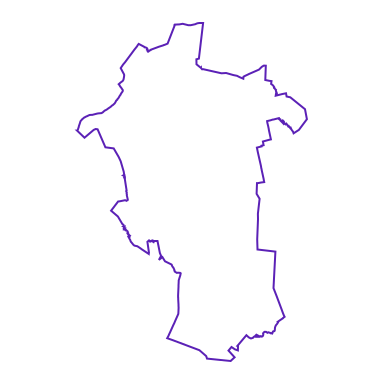 Tila, Chiapas, Mexico
{"feature_id": "50627088B70545880619919", "entity_name": "Tila", "entity_type": "district", "adm_level": 2, "iso_a3": "MEX", "parent_name": "Mexico", "parent_adm1": "Chiapas", "projection": "natural_earth1", "projection_center": [-92.515, 17.37], "detail": "fine", "context": "isolated", "style": "outline", "palette": "violet", "viewbox_px": 384, "rotation_deg": 0, "n_neighbors": 0, "source": "geoboundaries", "source_scale": "gbopen_adm2", "svg_char_len": 5737}
<svg xmlns="http://www.w3.org/2000/svg" viewBox="0 0 384 384"><path d="M284.6,316.8L284.0,315.7L282.8,312.7L281.5,309.1L276.7,296.3L273.5,288.1L275.4,251.6L257.5,249.5L257.2,239.3L258.0,219.2L257.9,213.9L258.0,212.8L259.6,198.8L256.6,193.8L257.0,183.1L258.0,183.1L261.1,182.5L264.2,182.1L263.8,180.0L263.6,178.8L261.7,170.1L261.5,168.8L261.3,168.3L261.0,166.2L257.9,152.5L256.9,147.6L261.6,146.4L261.5,145.7L263.6,145.2L262.9,141.5L269.5,139.7L270.9,139.4L268.9,130.1L268.7,128.7L268.2,126.3L267.3,122.6L267.1,121.1L270.5,120.3L272.6,119.6L273.6,119.5L279.0,118.1L279.3,118.7L279.6,118.9L279.0,119.1L281.4,121.0L281.1,121.2L281.8,121.9L282.8,120.5L283.8,121.5L282.8,122.9L283.7,123.9L284.3,123.0L285.5,124.3L286.3,123.6L287.5,125.1L287.4,125.2L288.3,126.5L288.8,126.1L290.3,128.2L290.7,127.8L291.3,129.1L291.8,130.1L293.0,131.6L293.6,133.3L298.9,129.9L306.9,119.2L305.0,109.2L290.3,97.3L286.6,96.5L286.0,93.3L282.0,94.1L275.7,95.7L275.9,94.4L276.1,94.6L276.6,94.2L276.3,93.3L276.8,93.1L276.3,91.8L276.1,91.6L275.8,90.4L276.0,89.9L274.0,87.9L273.9,87.3L274.2,87.1L273.4,85.9L272.8,85.2L271.1,83.9L271.5,81.1L269.2,80.8L265.3,80.0L265.8,65.7L264.2,65.6L263.5,65.7L262.7,66.3L261.8,66.8L259.0,69.6L254.0,71.8L248.5,74.2L248.4,74.3L245.0,75.9L243.5,76.7L243.3,78.7L239.7,77.2L237.0,75.8L233.5,75.1L231.0,74.4L226.1,73.0L221.5,73.3L203.3,69.2L202.1,69.3L200.9,67.9L200.9,67.7L200.8,67.8L196.5,64.3L196.4,59.3L198.9,58.6L203.1,23.0L199.4,23.0L197.9,23.2L197.1,23.4L195.9,23.9L195.3,24.2L190.7,25.2L188.3,25.2L182.7,23.8L179.3,24.4L174.7,24.6L174.5,24.8L174.4,25.4L174.6,25.6L167.6,43.6L165.5,44.5L164.2,45.0L163.9,45.0L163.4,45.3L159.0,46.7L150.9,49.7L150.9,49.9L150.8,50.0L150.6,50.2L149.5,50.5L149.2,50.9L148.2,51.7L147.8,51.6L147.6,51.2L147.4,50.2L147.5,49.7L147.4,49.7L147.1,49.7L146.9,49.6L147.1,49.0L147.1,48.6L146.9,48.1L146.7,47.9L145.2,47.3L144.6,47.3L144.5,47.0L144.4,46.9L138.7,43.9L137.7,45.2L137.0,46.4L134.5,49.5L125.0,62.3L123.2,64.4L120.7,68.1L124.0,74.3L124.2,75.1L124.0,77.0L123.5,79.6L122.9,80.7L122.4,81.2L120.5,82.6L118.7,84.2L119.3,84.9L120.2,86.5L121.2,87.7L122.3,89.4L122.6,89.7L122.8,90.3L122.8,90.7L122.7,91.2L122.5,91.5L122.3,91.9L121.3,93.2L120.7,94.3L120.6,94.7L119.9,95.5L118.9,97.3L118.2,98.4L117.4,99.2L117.2,99.8L116.3,100.5L116.0,101.0L115.8,101.5L115.4,102.2L115.2,102.6L114.5,103.6L114.1,103.9L113.7,104.3L112.8,105.1L111.8,105.7L110.7,106.8L108.3,108.4L107.0,109.4L105.6,110.2L105.2,110.3L104.1,111.1L103.7,111.5L103.3,111.8L103.1,112.1L102.7,112.4L102.3,112.6L101.6,113.1L98.2,113.4L97.1,113.6L92.1,114.9L90.7,114.9L89.6,115.0L88.4,115.5L87.3,116.1L86.4,116.4L84.8,117.3L84.4,117.4L81.9,119.5L81.6,120.0L80.8,120.8L80.4,121.5L79.9,123.2L78.9,126.1L78.6,127.6L78.4,127.9L77.9,129.6L77.6,130.0L77.4,130.6L77.1,130.6L84.5,137.7L93.7,129.9L95.7,129.0L97.6,129.3L105.4,147.3L113.7,148.4L118.7,157.0L120.7,161.3L123.7,171.6L124.2,174.7L123.2,175.4L123.8,175.6L124.5,175.4L124.6,176.0L124.3,176.5L124.9,177.0L124.9,177.6L124.7,177.5L124.6,177.8L124.3,177.9L124.6,178.4L124.8,178.9L126.6,190.5L126.4,190.7L126.2,191.0L126.4,191.2L126.6,192.5L126.8,192.8L126.6,193.3L126.7,194.0L126.9,194.3L126.8,195.3L127.8,199.6L127.6,200.2L127.2,200.3L126.5,200.8L125.1,200.2L119.7,201.3L118.1,201.5L111.1,210.7L117.9,216.5L122.4,224.1L123.4,224.7L123.9,226.1L123.6,226.3L124.1,226.4L123.9,227.5L124.5,227.1L124.3,228.2L124.7,227.8L125.0,228.2L125.3,228.3L125.1,228.7L125.0,229.1L124.6,229.4L125.4,230.2L125.6,230.0L126.1,230.0L127.7,231.5L127.6,232.4L127.4,233.1L127.4,233.4L127.8,233.6L128.1,233.5L128.1,233.8L128.5,234.2L128.2,234.5L128.3,234.7L128.8,234.9L129.6,235.5L129.2,235.7L129.5,236.5L129.6,236.4L129.7,236.8L129.4,237.3L129.0,237.1L129.2,236.7L128.9,236.2L128.3,236.6L128.9,237.6L129.6,239.0L130.2,239.9L130.4,240.7L130.9,241.8L131.4,242.3L133.4,244.8L134.4,245.6L136.1,246.0L137.2,246.2L137.9,246.6L140.7,248.5L141.9,249.4L148.7,253.9L148.7,253.3L149.0,252.9L147.4,241.8L149.0,240.4L149.8,241.4L150.1,241.2L150.7,241.0L150.8,241.4L151.8,241.0L152.1,240.9L152.2,240.5L152.6,240.4L152.8,240.5L152.7,241.5L153.6,242.1L154.1,241.0L157.5,241.0L159.9,253.1L161.1,255.9L158.9,259.9L162.4,257.1L165.0,261.3L171.5,264.5L171.9,265.1L171.9,265.5L172.3,266.3L172.6,266.8L173.4,267.6L173.5,268.1L174.0,269.0L174.3,269.6L174.3,270.3L174.4,270.7L174.7,270.9L174.8,271.6L176.7,272.8L176.9,272.9L177.7,272.7L179.6,272.8L180.2,272.9L180.7,273.3L180.3,275.3L178.7,280.4L178.7,281.3L178.6,283.5L178.5,285.3L178.5,286.0L178.5,286.7L178.1,295.4L178.1,296.9L178.1,297.4L178.2,297.6L178.2,299.2L178.5,304.6L178.5,305.8L178.6,307.8L178.4,312.3L178.3,313.9L177.6,315.5L175.2,320.9L174.2,323.3L173.3,325.1L169.9,332.7L169.3,333.9L168.7,335.3L168.6,335.6L167.2,338.2L172.6,340.1L199.4,350.2L206.2,356.1L207.0,358.6L230.6,361.0L234.6,357.3L228.5,350.6L231.5,347.0L235.0,349.4L237.9,350.4L238.0,346.1L237.4,345.9L246.4,335.2L248.8,337.4L250.7,338.4L251.2,338.4L252.4,338.0L253.0,337.8L253.3,337.5L253.3,337.4L253.6,337.0L254.2,336.6L254.5,336.5L255.7,336.8L257.1,336.8L256.4,336.4L256.2,336.0L255.5,335.6L256.4,334.7L259.2,336.2L259.8,336.3L260.3,336.3L260.8,336.1L261.1,336.2L261.5,336.6L261.9,336.6L262.5,336.3L262.8,336.0L262.8,335.9L263.0,335.6L263.1,335.4L263.2,335.1L263.3,334.5L263.1,333.8L263.1,333.4L263.2,333.1L263.3,333.0L263.6,332.8L263.7,332.6L264.4,331.9L264.7,331.8L265.2,331.9L265.5,331.9L265.8,331.8L266.2,331.9L267.0,332.5L267.4,332.8L268.1,332.4L268.5,332.3L269.5,332.7L270.6,333.0L271.0,333.4L271.6,333.2L272.2,333.5L272.4,333.1L272.1,332.8L272.7,332.3L273.0,331.5L273.6,331.2L274.2,331.1L274.4,331.1L274.6,330.8L274.8,330.1L275.0,327.5L275.5,326.1L275.7,325.8L275.8,325.4L277.0,324.0L277.7,322.9L278.0,322.5L277.6,321.9L280.6,319.8L282.9,318.3L282.9,318.1L284.6,316.8Z" fill="none" stroke="#5b21b6" stroke-width="2"/></svg>